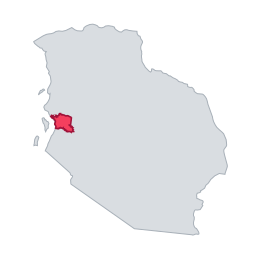 location of Bagamoyo, Pwani, United Republic of Tanzania, rotated 186°
{"feature_id": "72390352B29680200356010", "entity_name": "Bagamoyo", "entity_type": "district", "adm_level": 2, "iso_a3": "TZA", "parent_name": "United Republic of Tanzania", "parent_adm1": "Pwani", "projection": "mercator", "projection_center": [38.556, -6.309], "detail": "fine", "context": "in_parent", "style": "filled", "palette": "rose", "viewbox_px": 256, "rotation_deg": 186, "n_neighbors": 0, "source": "geoboundaries", "source_scale": "gbopen_adm2", "svg_char_len": 7457}
<svg xmlns="http://www.w3.org/2000/svg" viewBox="0 0 256 256"><g transform="rotate(186 128 128)"><path d="M91.6,184.3L88.6,182.7L85.8,181.8L83.6,180.7L82.6,179.6L80.5,179.2L78.7,179.1L77.0,178.1L73.5,177.7L73.2,177.1L73.1,175.6L72.5,175.3L71.2,174.9L69.9,174.9L69.1,175.1L68.6,175.0L67.5,174.2L66.4,173.1L66.0,171.4L64.4,170.3L62.6,169.4L57.6,169.5L56.8,169.2L55.6,168.3L54.2,166.9L53.0,165.3L52.0,163.0L51.0,160.0L45.2,148.0L44.6,145.8L43.5,143.2L41.6,140.2L39.7,137.9L37.0,135.8L34.0,133.7L32.3,132.3L29.2,126.7L28.6,124.1L28.1,121.3L28.3,120.2L30.3,116.7L30.4,115.7L30.2,114.4L29.3,111.6L28.0,108.2L25.6,102.0L25.2,100.5L25.3,99.3L26.7,93.0L26.7,92.1L32.5,92.3L36.7,89.5L40.4,85.4L41.2,83.7L42.7,81.1L44.1,79.8L44.7,78.9L45.5,76.2L47.5,74.4L49.4,73.1L49.0,72.1L49.3,71.8L50.3,71.1L52.3,70.4L52.7,69.1L52.7,67.5L52.3,66.6L52.4,65.6L52.1,65.1L50.8,64.9L48.9,64.1L47.2,63.8L46.1,63.4L45.7,63.0L45.5,62.1L46.4,59.7L45.5,58.7L47.5,54.7L47.9,54.3L48.7,54.2L49.8,53.8L50.9,53.6L51.8,53.7L52.4,53.6L53.0,53.1L53.5,51.8L53.9,49.5L53.7,47.7L52.8,46.3L52.6,44.1L53.0,41.2L52.7,38.8L51.8,36.9L50.8,35.7L49.4,35.2L47.1,32.3L46.4,30.8L46.5,29.9L47.3,29.6L48.7,29.7L50.1,29.4L51.4,28.6L52.6,28.3L53.3,28.5L111.1,28.5L178.8,66.2L179.0,66.6L179.6,69.9L179.5,71.0L178.4,72.9L178.1,73.9L178.1,74.5L178.3,74.8L179.2,74.9L180.0,75.3L180.3,75.7L180.8,77.1L181.6,77.8L207.3,96.4L207.9,96.6L207.5,98.2L206.1,102.0L206.0,103.6L205.4,105.4L204.9,106.6L203.4,112.0L202.1,113.9L200.4,118.6L200.2,122.2L201.1,124.7L201.5,127.0L203.4,129.3L205.0,130.1L206.1,131.2L208.0,133.6L209.1,136.0L212.5,137.2L213.9,139.9L213.4,141.8L211.8,143.3L210.3,145.8L209.1,149.1L209.1,154.1L209.9,153.3L211.7,154.6L211.9,158.3L210.1,162.6L209.5,164.6L209.4,166.3L210.7,171.5L212.8,174.1L212.6,175.0L212.1,175.7L215.6,180.3L215.3,184.4L216.6,187.5L217.2,190.3L218.1,192.4L218.2,193.8L217.2,195.4L219.7,195.8L221.2,197.2L221.9,198.4L223.8,198.4L224.8,199.2L226.2,199.9L229.4,202.1L230.3,203.1L230.8,204.1L222.0,210.8L218.9,212.6L216.6,213.3L214.2,213.8L211.9,214.8L209.7,216.5L206.9,217.3L203.5,217.3L200.0,218.5L194.4,222.0L191.1,220.1L188.6,219.4L185.6,219.5L183.9,219.7L183.2,220.2L182.6,221.3L182.2,223.3L180.2,225.1L176.9,226.9L173.8,227.6L170.9,227.1L169.0,226.4L168.0,225.3L166.5,224.9L164.5,224.9L162.6,225.7L160.9,227.1L158.0,227.7L154.1,227.5L151.9,226.8L151.7,225.7L149.9,224.3L146.8,222.8L144.5,222.7L143.0,224.2L141.6,225.2L140.4,225.5L139.3,225.6L137.7,225.2L133.3,225.0L129.2,225.1L128.8,222.9L127.9,221.6L127.2,220.8L125.8,220.6L125.4,220.0L124.9,218.7L124.2,217.5L123.3,216.6L122.7,215.7L122.5,214.9L122.7,214.0L123.5,211.8L123.8,210.3L123.7,208.8L123.3,207.2L122.3,205.3L122.4,204.7L122.1,203.5L122.0,202.6L122.2,201.4L122.0,200.0L121.2,196.8L121.2,196.0L120.3,194.5L117.6,190.9L117.4,190.4L113.1,186.8L111.4,186.0L110.8,186.7L110.6,187.3L110.8,188.5L110.7,189.0L110.5,189.3L109.5,189.3L108.8,189.1L107.2,188.1L105.9,187.9L102.8,188.1L101.7,188.3L100.8,188.1L99.2,186.4L97.2,186.1L95.5,186.0L92.6,184.1L91.6,184.3ZM212.9,124.1L214.4,128.1L214.2,128.8L213.2,129.3L212.7,129.3L212.0,128.7L211.6,127.3L210.8,127.7L209.5,126.1L208.3,126.0L207.1,124.1L207.6,122.4L207.3,119.6L208.7,118.2L209.5,115.7L210.4,117.4L210.6,120.0L211.8,123.0L212.9,124.1ZM219.7,100.6L219.8,101.5L219.6,102.4L219.6,105.2L219.5,107.1L218.5,109.6L217.6,110.6L216.8,110.3L216.2,109.9L215.7,109.2L216.7,104.4L216.2,101.0L218.2,101.3L219.7,100.6ZM216.9,157.6L215.9,157.9L215.5,157.7L214.9,156.9L216.0,156.2L217.0,154.9L219.4,153.0L220.5,151.5L220.3,153.0L219.0,156.2L217.8,156.4L216.9,157.6Z" fill="#d9dde1" stroke="#a8b0b8" stroke-width="1"/><path d="M206.0,131.4L205.7,131.2L205.3,130.7L205.1,130.7L205.0,130.4L204.7,130.3L204.8,130.3L204.8,130.2L204.7,130.1L204.1,130.0L203.7,129.7L203.4,129.7L203.0,129.5L203.0,129.4L202.8,129.4L202.3,129.2L202.1,129.0L202.0,128.9L201.9,128.3L201.7,128.3L201.5,128.1L201.4,128.1L200.9,127.2L200.8,126.8L200.9,126.2L201.1,125.5L201.0,125.4L201.3,124.9L201.2,124.7L201.2,124.1L201.2,123.9L200.8,123.7L200.7,123.4L200.5,123.0L200.4,123.0L200.3,122.9L200.1,122.5L199.8,122.0L199.7,121.2L200.1,120.3L200.0,120.2L199.9,120.3L199.3,120.0L198.8,120.0L198.3,119.9L198.2,119.9L198.3,120.0L198.1,120.2L197.7,120.0L197.2,120.2L197.2,120.4L197.0,120.5L196.5,120.6L196.3,120.5L196.2,120.8L196.0,121.0L195.9,121.0L195.7,121.2L195.6,120.9L195.4,120.8L195.1,121.0L194.9,121.0L194.7,121.0L194.4,120.9L194.2,120.9L194.1,121.0L193.9,121.2L193.6,121.0L193.3,121.1L193.1,121.1L193.0,120.8L192.9,120.8L192.9,120.6L192.7,120.5L192.5,120.8L192.5,120.7L192.4,120.6L192.2,120.6L192.3,120.7L192.1,120.6L191.9,120.6L191.6,120.6L191.7,120.4L191.4,120.2L191.5,120.1L191.3,119.9L191.2,119.7L191.1,119.8L190.9,119.6L190.6,119.7L190.5,119.4L190.4,119.5L190.2,119.6L189.8,119.6L189.7,119.4L189.5,119.1L189.3,119.0L189.4,118.9L189.3,119.0L189.1,118.8L189.1,119.0L189.0,118.9L189.2,118.7L188.8,118.5L188.8,118.4L188.6,118.5L188.5,118.4L188.5,118.5L188.4,118.5L188.5,118.3L188.4,118.3L188.3,118.2L188.2,118.3L188.1,118.2L187.9,118.2L187.9,118.3L187.7,118.3L187.3,118.2L187.2,118.3L187.0,118.2L186.9,118.1L186.7,118.1L186.5,118.3L186.4,118.3L186.2,118.3L185.8,118.3L185.7,118.3L185.4,118.5L185.2,118.5L185.1,118.3L184.8,118.1L184.4,118.1L184.1,117.9L184.1,118.0L183.8,118.1L183.6,118.4L183.5,118.5L183.1,118.5L183.0,118.8L182.9,118.8L182.0,118.7L181.6,118.8L181.7,119.0L181.9,119.0L182.0,119.2L182.2,119.3L182.4,119.4L182.4,119.5L182.6,119.6L182.6,119.8L182.8,119.9L182.8,120.0L182.8,120.3L182.5,120.4L182.5,120.6L182.4,120.7L182.6,120.8L182.7,121.0L182.9,121.2L182.8,121.3L182.9,121.5L183.0,121.7L182.9,121.8L183.0,122.1L183.1,122.3L183.3,122.5L183.2,122.6L183.4,122.6L183.5,122.6L183.7,122.8L183.7,123.0L183.8,122.9L184.0,122.9L184.5,123.0L184.4,123.1L184.6,123.2L184.5,123.3L184.6,123.6L184.8,123.6L184.9,123.8L184.6,123.9L184.8,123.9L184.8,124.1L185.3,124.1L185.6,124.1L186.0,124.3L186.4,124.3L186.5,124.4L186.5,124.5L186.8,124.7L186.8,124.9L186.2,124.9L186.0,124.7L185.9,124.9L185.6,125.0L185.4,125.1L185.4,125.5L185.3,132.0L185.5,132.0L185.5,132.3L185.7,132.5L186.0,132.7L185.8,132.8L186.0,132.8L186.1,133.0L186.4,133.0L187.0,133.1L187.4,133.2L187.5,133.3L187.4,133.3L187.5,133.4L187.8,133.3L188.1,133.4L188.3,133.6L188.5,133.8L189.0,133.9L189.3,134.0L189.6,133.9L189.9,133.9L190.1,133.8L190.1,133.6L190.3,133.6L190.5,133.7L190.9,133.6L191.2,133.6L191.4,133.5L191.6,133.6L192.2,134.0L192.5,133.9L192.7,134.1L192.9,134.1L193.1,134.3L193.3,134.3L193.6,134.3L193.8,134.2L194.0,134.1L194.3,134.4L194.4,134.5L194.7,134.4L194.8,134.4L195.0,134.2L195.3,134.1L195.5,134.3L195.8,134.3L195.9,134.5L196.1,134.7L196.1,134.9L196.3,135.1L196.4,135.3L196.6,135.2L196.8,135.1L197.0,135.1L197.3,135.3L197.5,135.2L197.7,134.9L197.8,134.8L197.7,134.7L198.1,134.1L198.1,133.9L198.1,133.7L198.3,133.4L198.5,133.3L198.5,133.2L198.4,133.2L198.5,133.1L198.4,133.1L198.6,132.9L198.9,132.9L199.2,132.8L199.3,132.5L199.5,132.4L199.7,132.2L199.8,132.0L199.7,132.0L199.8,131.9L199.7,131.9L199.8,131.8L199.7,131.8L200.0,131.8L199.9,131.7L200.0,131.7L200.1,131.4L200.1,131.5L200.2,131.4L200.3,131.3L200.4,131.5L200.3,132.2L200.2,132.4L200.3,132.9L200.4,133.0L201.0,133.2L201.1,132.7L200.9,132.4L201.3,132.3L201.4,132.0L201.5,132.0L201.6,131.8L202.5,131.4L202.6,131.2L203.2,131.1L203.4,131.3L203.8,131.4L204.0,132.0L203.8,132.4L204.2,132.2L204.4,132.4L204.9,132.4L205.1,132.6L205.2,132.4L205.2,132.0L205.3,132.0L205.3,131.9L205.5,132.0L205.5,131.8L205.8,131.6L206.0,131.4L206.0,131.4Z" fill="#f43f5e" stroke="#9f1239" stroke-width="1.5"/></g></svg>